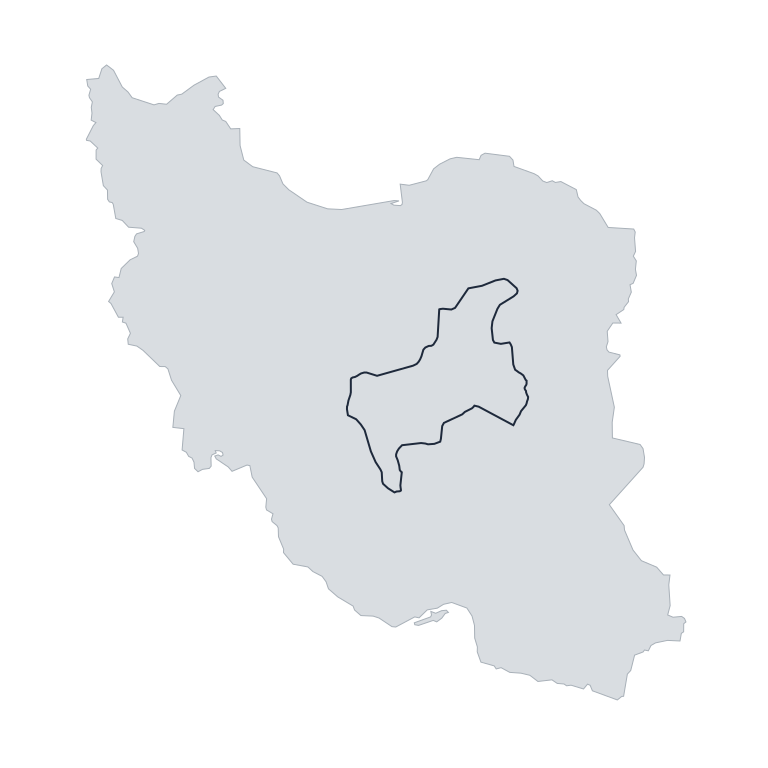 where Yazd sits in Iran, rotated 4°
{"feature_id": "IRN-3217", "entity_name": "Yazd", "entity_type": "Province", "adm_level": 1, "iso_a3": "IRN", "parent_name": "Iran", "parent_adm1": "", "projection": "natural_earth1", "projection_center": [55.694, 32.497], "detail": "fine", "context": "in_parent", "style": "outline", "palette": "slate", "viewbox_px": 768, "rotation_deg": 4, "n_neighbors": 0, "source": "natural_earth", "source_scale": "10m", "svg_char_len": 5268}
<svg xmlns="http://www.w3.org/2000/svg" viewBox="0 0 768 768"><g transform="rotate(4 384 384)"><path d="M386.2,183.5L395.3,184.0L411.9,178.4L413.4,177.1L418.5,165.9L424.2,160.8L434.2,154.8L440.7,152.8L463.3,153.6L464.9,149.1L468.7,146.7L493.3,148.1L497.0,151.6L498.5,157.9L519.0,163.7L523.2,165.7L528.2,170.4L532.3,171.7L537.7,169.5L540.9,171.0L546.3,169.7L562.3,176.7L564.5,183.9L567.4,187.2L570.9,190.2L583.7,195.8L587.4,199.0L596.7,212.2L622.3,212.0L624.0,214.9L623.7,220.6L625.7,234.2L623.8,239.1L627.1,243.6L626.8,252.1L628.3,258.0L625.5,266.2L622.5,267.8L624.3,275.1L621.8,282.1L622.2,284.8L618.2,290.7L618.0,293.0L610.7,298.6L616.2,306.7L608.0,307.2L603.0,315.8L604.5,326.1L603.2,331.4L604.1,334.4L606.2,336.5L617.3,338.5L617.6,339.9L606.0,354.8L606.6,360.7L615.4,391.1L614.3,406.3L615.6,421.9L643.7,426.5L646.9,430.4L649.0,439.1L649.0,445.6L648.2,449.0L617.2,488.7L633.4,508.5L634.1,512.9L644.0,532.3L653.1,542.3L668.8,547.7L676.1,555.0L682.6,554.6L682.1,564.5L684.9,585.1L683.1,594.6L688.6,596.5L697.1,595.1L700.1,596.9L701.8,600.3L699.7,602.2L700.2,610.3L698.0,612.0L697.2,619.7L684.6,620.0L672.9,623.3L668.6,626.2L666.3,631.7L662.4,631.2L661.2,633.2L652.9,637.0L650.1,652.6L647.0,656.4L644.8,678.8L642.9,679.1L638.8,682.9L613.3,675.5L610.7,670.2L608.0,669.2L604.3,674.3L591.6,671.4L587.2,672.3L584.5,670.7L577.7,670.6L572.2,667.4L558.3,670.0L549.8,664.4L540.8,662.9L529.6,662.9L520.6,658.8L515.8,660.4L513.6,657.5L500.1,654.7L495.7,644.7L495.5,639.8L492.2,631.1L491.1,618.5L488.0,609.3L482.3,601.7L466.8,597.2L458.8,599.6L452.8,603.9L442.9,606.3L435.3,614.8L430.9,614.2L412.7,625.6L408.9,625.5L395.4,617.8L389.4,616.3L377.1,616.6L370.4,611.5L368.7,607.7L352.7,599.6L342.9,592.2L340.0,585.3L335.7,580.2L326.2,576.1L320.8,571.8L305.9,570.1L295.5,559.2L295.4,555.7L289.4,543.7L288.5,534.9L287.1,532.7L282.0,529.1L281.2,526.7L282.3,521.2L275.6,517.8L274.7,515.1L274.9,506.6L259.0,486.1L255.9,474.8L253.0,474.4L238.5,481.7L234.4,477.6L221.9,470.4L220.2,467.7L223.4,466.3L226.5,467.6L228.4,466.1L227.7,463.6L224.6,462.1L220.3,462.2L221.4,464.5L217.4,466.7L216.5,469.5L217.3,478.0L215.6,480.4L208.9,481.8L204.6,484.5L200.9,481.4L199.9,475.2L197.7,471.3L194.2,469.8L191.6,465.9L187.2,463.9L187.5,442.5L176.4,442.0L176.8,425.7L182.1,409.7L171.8,395.1L167.4,384.0L164.6,381.9L159.1,382.2L141.2,367.2L134.8,363.4L126.1,362.2L125.2,356.9L127.5,351.1L123.5,343.5L122.3,341.3L118.7,340.4L119.1,335.6L114.4,335.9L106.0,322.7L103.5,320.9L108.6,310.9L105.4,302.8L107.7,296.0L112.2,296.3L113.8,287.1L122.1,277.8L129.2,273.7L130.0,270.9L128.8,265.8L124.4,259.5L125.2,254.1L126.7,251.5L134.2,248.6L134.6,247.4L131.2,245.5L118.3,245.4L111.5,239.1L104.9,237.6L101.4,223.7L100.3,222.0L97.3,221.5L95.4,219.0L94.6,209.8L90.2,205.7L86.9,192.0L86.8,188.7L88.1,185.7L81.1,179.8L80.5,170.7L82.0,168.6L74.0,162.1L70.3,161.7L70.0,160.6L76.0,146.5L78.4,143.3L73.5,141.2L73.8,134.2L72.7,128.4L73.4,122.9L70.2,118.9L69.5,116.5L70.8,110.4L67.7,107.4L66.2,101.0L78.1,99.1L80.6,89.2L85.0,85.1L92.3,89.9L102.2,106.0L108.3,110.6L112.8,116.0L135.1,121.6L139.9,119.8L147.6,120.1L157.6,110.2L162.0,109.0L173.7,99.1L188.0,90.0L195.2,88.5L205.5,100.1L199.4,103.6L198.3,106.5L198.9,109.3L203.6,112.2L204.1,115.5L202.5,117.1L196.2,118.9L194.4,122.2L201.0,127.5L204.2,131.9L207.8,133.1L213.3,140.2L222.3,139.2L223.8,156.2L228.5,170.4L237.9,176.4L262.6,180.9L265.3,183.7L269.2,191.4L275.5,196.9L294.5,208.0L315.5,213.2L329.6,212.9L381.3,200.3L386.2,200.3L378.4,203.5L381.4,204.9L388.0,204.9L389.5,203.6L389.7,201.5L386.2,183.5ZM461.1,608.6L458.0,613.5L453.2,617.6L449.6,616.4L435.3,622.4L431.5,622.0L430.9,620.1L446.7,613.1L447.5,611.2L446.6,607.6L451.6,609.1L457.3,606.1L462.0,605.3L464.2,607.4L461.1,608.6Z" fill="#d9dde1" stroke="#a8b0b8" stroke-width="1"/><path d="M376.5,376.3L411.7,363.7L415.2,361.7L417.0,359.4L418.3,356.9L419.4,353.8L420.9,347.0L422.7,344.7L426.0,342.9L428.6,342.6L430.5,341.3L433.3,336.2L434.2,333.3L433.9,305.7L434.5,305.4L437.5,304.8L446.0,305.0L449.6,303.1L461.5,282.7L474.9,279.2L488.0,272.9L496.3,270.7L500.0,271.7L509.6,279.2L510.8,281.7L510.3,284.3L507.2,287.5L494.1,296.9L491.9,301.1L487.8,313.9L487.5,320.8L489.6,332.5L491.2,335.0L497.8,335.8L506.3,333.8L507.7,335.7L509.0,338.3L511.6,355.5L513.8,360.6L516.6,362.3L517.4,362.9L519.6,363.9L522.4,365.7L525.1,370.1L526.0,370.7L526.2,373.9L525.9,375.1L525.0,376.6L524.5,378.1L524.7,379.0L525.2,379.9L526.2,381.1L526.3,382.3L527.3,384.6L528.7,386.9L528.6,389.1L527.9,391.4L527.6,393.4L527.0,395.3L522.6,401.5L521.4,405.1L518.0,410.6L516.3,415.3L515.9,416.1L480.0,400.0L475.7,399.3L475.0,400.4L473.5,402.1L466.6,406.2L464.2,408.8L446.5,418.6L445.0,421.9L444.6,434.7L444.1,437.6L438.4,440.2L432.1,441.1L429.4,440.5L425.1,440.3L406.3,443.8L403.4,447.3L401.8,450.3L401.0,453.3L401.1,455.3L403.0,459.1L404.9,464.5L405.7,468.6L406.8,470.0L407.9,470.8L407.4,484.0L407.8,486.3L408.2,488.0L408.3,489.1L407.2,489.9L403.8,490.4L403.5,490.7L402.0,491.4L395.2,487.7L390.0,483.6L389.0,481.1L387.9,472.2L386.4,469.5L381.1,462.5L375.6,452.1L367.9,431.4L363.7,426.0L358.7,421.1L350.2,417.7L348.8,411.7L348.7,408.9L349.1,407.9L349.7,402.9L351.2,397.2L351.5,394.6L350.6,382.0L350.9,380.7L352.2,379.7L354.6,379.0L356.8,377.7L358.3,376.5L360.3,375.1L363.5,373.9L365.9,373.8L376.5,376.3Z" fill="none" stroke="#1e293b" stroke-width="2"/></g></svg>